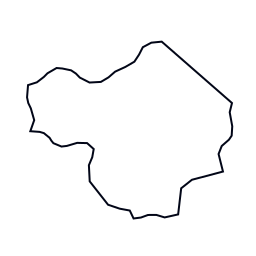 outline of Nigde, rotated 96°
{"feature_id": "TUR-3020", "entity_name": "Nigde", "entity_type": "Province", "adm_level": 1, "iso_a3": "TUR", "parent_name": "Turkey", "parent_adm1": "", "projection": "robinson", "projection_center": [34.715, 37.878], "detail": "fine", "context": "isolated", "style": "outline", "palette": "ink", "viewbox_px": 256, "rotation_deg": 96, "n_neighbors": 0, "source": "natural_earth", "source_scale": "10m", "svg_char_len": 814}
<svg xmlns="http://www.w3.org/2000/svg" viewBox="0 0 256 256"><g transform="rotate(96 128 128)"><path d="M95.8,231.9L92.1,223.4L86.0,217.0L82.0,213.8L75.8,205.3L75.7,199.5L76.6,190.6L79.3,185.5L82.9,181.2L86.8,171.0L85.0,159.8L79.7,152.7L73.3,146.7L67.6,137.1L61.4,128.6L53.9,124.7L46.1,121.7L40.7,113.7L38.6,103.5L92.3,27.2L101.7,28.5L115.4,24.5L124.8,24.1L129.1,26.4L136.1,32.9L144.4,35.2L161.4,29.0L172.8,59.0L182.4,68.8L208.7,69.1L213.1,82.2L211.5,90.6L212.4,99.0L215.7,105.8L217.4,113.0L209.9,117.6L209.1,127.8L206.4,139.8L185.1,160.5L169.1,163.0L160.8,160.5L152.5,159.9L147.3,167.1L148.1,177.0L152.2,186.9L153.4,192.2L150.9,200.6L148.6,202.9L146.0,204.9L141.9,211.1L141.1,215.4L141.4,224.8L130.0,222.1L118.6,226.7L113.6,229.8L108.1,231.6L95.8,231.9Z" fill="none" stroke="#020617" stroke-width="2"/></g></svg>